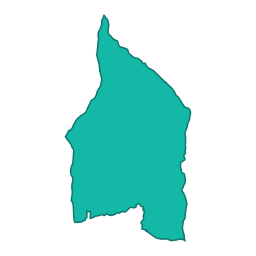 Málaga, Santander, Colombia
{"feature_id": "7082276B1273171600443", "entity_name": "Málaga", "entity_type": "district", "adm_level": 2, "iso_a3": "COL", "parent_name": "Colombia", "parent_adm1": "Santander", "projection": "natural_earth1", "projection_center": [-72.732, 6.729], "detail": "fine", "context": "isolated", "style": "filled", "palette": "teal", "viewbox_px": 256, "rotation_deg": 0, "n_neighbors": 0, "source": "geoboundaries", "source_scale": "gbopen_adm2", "svg_char_len": 5783}
<svg xmlns="http://www.w3.org/2000/svg" viewBox="0 0 256 256"><path d="M104.0,15.4L103.9,15.4L103.8,15.7L103.4,17.2L103.2,17.9L102.3,19.6L101.8,21.0L101.7,22.5L101.7,23.3L101.5,25.0L101.2,26.2L100.9,26.6L100.7,27.2L100.5,28.5L100.1,29.2L99.3,30.4L98.6,31.8L98.3,32.5L98.2,33.6L98.1,35.6L98.3,36.8L98.6,39.6L98.6,40.1L98.5,40.5L98.2,41.0L98.0,41.8L97.6,48.5L97.2,50.8L97.1,53.4L97.0,53.9L96.8,54.0L96.6,54.5L96.8,54.9L97.0,56.1L98.0,59.8L98.8,63.0L99.1,64.5L99.3,66.1L99.5,66.9L99.8,71.4L100.4,73.1L100.9,75.3L101.3,76.7L101.6,78.2L101.7,79.0L101.6,79.8L101.4,81.8L101.2,83.1L100.8,84.6L100.6,85.6L100.5,86.2L99.7,87.5L99.2,88.3L98.5,89.1L97.8,90.4L97.4,91.0L96.5,94.4L96.0,95.6L95.6,96.8L93.9,98.8L93.3,99.3L92.3,99.6L91.0,100.8L90.4,102.2L89.9,103.7L89.0,105.1L88.6,106.0L87.3,108.9L86.4,111.2L85.6,112.3L85.2,112.8L84.0,113.7L82.8,114.4L80.8,115.7L78.7,117.5L77.2,118.9L75.8,120.8L75.4,121.4L74.7,122.9L73.7,124.5L72.7,127.0L72.0,128.3L71.5,129.0L70.9,129.6L69.5,130.5L68.9,130.6L68.6,130.9L66.6,134.9L65.5,136.5L65.5,136.9L67.3,139.6L71.0,144.3L71.8,145.9L71.9,146.4L71.9,147.1L72.2,147.7L72.7,148.2L73.1,148.8L73.4,149.3L73.7,150.2L73.7,151.5L72.9,162.3L72.6,163.9L72.4,164.4L71.8,165.4L71.2,167.2L71.0,168.5L70.7,169.4L70.6,170.6L70.8,173.1L71.3,175.1L71.9,176.3L72.9,177.7L72.9,179.2L72.8,180.7L72.1,183.7L71.9,185.4L71.8,187.9L72.2,190.0L72.3,193.2L72.3,194.1L71.7,196.8L71.4,200.4L71.4,200.7L72.2,201.9L72.7,203.0L73.1,204.5L73.5,209.5L73.7,216.1L74.3,220.8L74.9,222.4L77.0,222.4L79.3,222.2L81.5,222.0L83.8,220.7L85.1,220.2L85.3,220.0L85.4,219.7L85.6,218.5L86.0,218.1L86.8,217.7L86.9,216.6L86.9,213.5L87.0,211.3L88.6,211.8L89.2,211.6L89.9,211.3L90.3,211.2L90.4,211.3L90.5,211.6L90.4,214.5L90.1,216.0L90.1,216.6L90.3,217.5L90.1,218.2L91.1,218.3L92.7,217.6L94.0,217.1L95.1,216.3L96.8,215.9L97.1,216.0L97.4,216.0L97.7,215.8L98.4,215.8L98.9,215.4L99.2,215.3L99.9,215.5L100.9,214.9L101.9,214.5L102.5,214.5L103.4,215.4L103.7,215.5L104.1,215.5L104.6,215.4L104.9,215.3L105.8,214.4L106.4,213.7L106.6,213.7L107.9,214.6L108.4,214.8L110.6,215.4L111.0,215.4L111.8,214.9L112.9,215.2L113.7,214.8L114.4,214.3L115.5,214.1L116.7,213.1L117.2,212.8L117.9,212.9L119.1,213.1L119.6,213.1L120.6,212.3L121.2,211.9L122.2,211.7L122.8,211.6L124.6,212.0L125.0,211.9L125.4,211.8L127.4,210.2L129.4,208.1L130.5,207.3L131.1,207.2L131.4,207.2L132.0,207.3L133.0,207.8L133.6,207.8L134.4,207.8L135.0,207.5L135.8,207.2L136.1,206.9L136.0,206.0L136.4,205.4L136.1,205.3L136.7,204.6L136.9,204.4L137.5,204.3L137.9,204.0L138.5,204.0L139.0,203.7L139.5,203.8L139.8,204.2L140.1,204.8L140.5,205.7L140.7,206.0L141.2,206.1L142.0,206.7L142.3,206.7L142.6,206.6L142.8,206.6L143.3,206.9L143.7,207.3L143.7,207.5L143.0,208.4L142.9,208.7L143.2,209.5L143.7,209.7L143.7,209.9L143.3,210.2L143.3,210.4L143.4,210.7L143.7,210.8L143.9,210.5L144.0,210.5L144.3,210.7L144.1,211.2L144.3,211.4L144.2,211.7L144.4,212.3L143.8,213.8L143.8,214.4L144.0,215.0L143.5,215.1L143.3,215.9L143.3,216.7L143.7,218.1L143.8,218.8L143.5,219.3L141.3,222.0L141.1,222.4L141.0,223.1L141.2,223.6L142.1,224.3L142.2,225.1L142.2,226.2L142.0,228.3L142.0,228.9L142.1,229.2L142.8,229.1L144.4,229.6L145.0,230.0L145.7,230.1L146.1,229.9L147.0,230.0L147.1,230.3L146.9,230.7L146.4,230.7L146.1,230.9L146.1,231.2L148.0,232.1L149.1,232.8L150.6,234.2L151.3,234.5L152.4,235.4L154.4,236.7L155.4,237.5L157.8,238.4L159.0,238.6L161.2,239.1L161.7,238.8L163.4,239.1L167.7,238.9L168.4,239.3L169.8,240.2L170.8,240.5L172.0,240.6L173.2,240.2L175.7,240.1L179.6,239.2L180.5,239.2L181.3,239.0L181.9,239.1L182.1,239.5L183.5,239.7L184.9,240.6L184.8,239.8L184.4,238.9L184.0,234.3L183.4,232.9L182.6,229.5L182.5,228.9L182.5,226.2L182.6,225.7L182.9,224.5L183.4,220.8L183.6,220.2L184.2,219.7L184.9,218.4L185.9,208.6L186.4,206.1L186.8,204.8L186.8,203.5L186.6,202.2L185.1,196.6L183.7,193.5L183.0,192.3L182.3,191.3L182.0,190.4L182.0,189.7L182.2,188.8L183.0,187.5L183.6,185.6L184.4,184.3L185.0,182.8L185.3,181.5L185.3,179.9L185.2,178.8L184.6,175.8L184.5,174.7L184.3,174.1L184.1,173.8L182.0,172.6L181.7,172.3L181.5,171.8L181.5,170.9L181.4,170.2L180.6,167.7L180.5,164.3L180.8,162.9L181.1,162.3L181.7,161.8L182.6,161.3L183.1,160.9L184.5,160.1L184.9,159.0L184.9,158.5L184.7,158.1L184.0,156.8L183.9,155.6L184.1,155.1L184.9,154.2L185.3,153.2L185.4,152.6L185.4,151.9L185.1,150.9L185.2,150.6L185.3,150.3L185.1,150.1L185.1,149.6L185.5,149.1L185.7,148.5L185.7,147.4L185.5,146.3L185.4,145.7L185.4,143.6L185.6,142.5L185.4,138.6L185.6,137.9L185.7,136.6L185.0,135.0L184.9,134.4L185.0,133.8L185.2,132.6L185.5,131.3L187.2,126.7L187.3,126.2L187.3,125.4L187.6,124.5L187.8,123.5L188.2,122.3L188.7,121.4L189.4,119.7L189.7,117.4L189.8,117.2L189.9,116.8L189.9,115.8L190.3,114.6L190.5,113.2L190.5,112.4L190.3,111.3L189.6,109.7L189.2,109.1L188.7,108.5L187.7,108.1L185.2,107.1L184.8,106.9L183.8,105.8L181.6,102.5L180.4,100.3L180.0,99.8L179.3,98.6L178.0,96.9L176.9,96.1L176.1,95.3L175.6,94.3L175.4,93.6L173.0,89.7L171.8,88.2L170.6,87.0L170.1,86.7L169.3,86.0L166.3,82.9L166.2,82.6L165.6,82.0L164.5,81.5L164.2,81.3L163.4,80.5L163.3,80.2L162.9,79.8L161.2,78.4L160.0,77.0L157.2,74.2L156.2,73.4L154.8,71.7L154.0,71.1L151.3,69.4L150.7,69.0L148.8,68.4L147.7,67.6L146.0,65.0L145.1,63.2L144.1,63.5L143.7,63.7L143.3,63.8L141.7,61.5L141.1,60.8L139.4,59.4L138.4,58.8L137.3,58.2L136.1,58.2L134.0,57.6L133.5,57.3L131.2,55.2L129.7,54.2L129.0,53.5L128.7,53.1L128.0,50.6L127.7,50.0L127.4,49.6L126.7,48.9L125.9,48.8L125.3,48.5L124.4,48.0L120.5,46.9L119.9,46.7L119.1,46.0L118.9,45.7L118.5,44.3L117.9,42.7L117.6,41.5L117.0,40.6L115.4,40.2L114.9,39.9L114.5,39.5L113.2,38.9L112.6,38.4L112.3,37.9L111.2,36.6L110.6,36.0L109.7,35.2L108.9,34.3L108.6,33.7L108.3,33.1L108.1,32.0L108.0,30.7L108.2,29.4L108.7,26.8L108.6,23.7L108.4,23.0L107.8,20.6L107.2,19.5L106.4,18.2L105.0,16.6L104.3,15.5L104.0,15.4Z" fill="#14b8a6" stroke="#0f766e" stroke-width="1.5"/></svg>